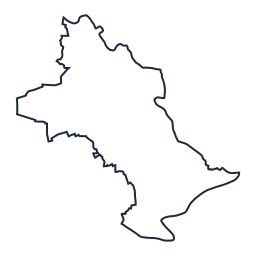 outline of Phu Cu, Hưng Yên, Vietnam
{"feature_id": "81297802B40785510400399", "entity_name": "Phu Cu", "entity_type": "district", "adm_level": 2, "iso_a3": "VNM", "parent_name": "Vietnam", "parent_adm1": "Hưng Yên", "projection": "albers", "projection_center": [106.192, 20.713], "detail": "fine", "context": "isolated", "style": "outline", "palette": "slate", "viewbox_px": 256, "rotation_deg": 0, "n_neighbors": 0, "source": "geoboundaries", "source_scale": "gbopen_adm2", "svg_char_len": 5693}
<svg xmlns="http://www.w3.org/2000/svg" viewBox="0 0 256 256"><path d="M16.9,98.4L17.2,103.0L17.3,107.7L17.2,109.3L17.3,112.2L17.0,114.2L35.2,120.0L35.1,120.5L35.1,121.3L37.1,121.5L39.8,121.7L42.8,121.6L44.3,122.1L44.8,122.3L45.1,122.5L45.3,123.5L47.0,123.5L47.0,130.8L47.1,134.9L47.5,136.1L48.5,141.4L49.5,141.3L52.2,140.6L51.5,138.4L56.7,135.2L58.1,134.4L59.9,133.9L66.8,131.9L67.5,133.9L68.7,136.3L71.5,135.0L74.7,133.8L75.4,136.1L75.5,136.2L75.7,136.3L76.1,136.1L78.5,134.8L79.6,136.2L80.2,136.1L85.3,136.2L86.1,136.2L86.7,137.3L88.4,138.8L91.5,140.9L92.7,141.8L93.1,142.7L93.3,144.2L93.3,146.6L93.4,147.2L93.8,148.1L94.8,149.3L95.4,149.1L95.9,149.1L96.4,149.4L96.7,149.9L96.8,150.5L96.9,151.5L97.5,152.3L98.1,153.2L96.3,153.2L93.3,153.4L93.6,154.4L94.3,156.1L95.2,157.7L97.8,155.9L99.5,155.0L100.2,154.8L100.8,155.8L101.0,156.0L102.2,156.8L102.3,157.2L102.3,158.1L102.5,158.6L104.6,161.7L104.2,163.7L103.8,166.3L106.4,166.1L107.3,165.2L107.8,165.9L108.4,165.8L110.0,165.2L112.0,164.1L112.7,166.1L114.0,165.4L115.2,165.1L115.3,166.6L115.3,171.2L115.5,172.0L116.4,172.0L118.3,171.3L120.2,171.2L121.9,171.4L122.8,171.6L123.1,171.9L123.5,172.4L123.7,174.1L124.0,174.4L124.7,174.6L125.3,174.7L128.3,183.7L130.3,182.5L133.2,185.6L134.8,190.7L135.1,197.4L135.6,201.3L135.7,204.7L131.5,205.4L131.0,208.5L128.9,208.4L128.2,210.1L128.0,210.4L127.4,210.9L126.2,211.5L125.8,211.8L125.8,212.0L125.8,213.3L125.5,213.8L125.3,213.9L125.1,214.0L124.5,213.5L124.2,213.5L123.7,213.8L123.2,213.9L122.8,213.7L122.2,213.8L121.8,213.9L121.7,214.4L123.0,217.5L123.4,218.9L123.5,219.9L123.5,220.3L122.1,222.7L121.6,223.8L123.1,224.7L125.8,226.6L133.0,231.2L136.9,234.0L140.0,236.3L140.8,236.7L141.5,236.9L143.0,237.2L146.8,237.7L155.5,238.2L157.3,238.5L158.9,238.8L163.6,240.3L165.4,240.6L168.6,240.6L171.2,240.6L172.5,240.3L173.4,239.8L173.8,239.2L174.0,238.4L174.0,237.8L173.9,237.1L173.7,236.4L173.0,234.7L172.4,233.9L170.1,231.4L167.8,229.2L164.2,225.2L161.7,221.8L161.5,221.3L161.3,220.9L161.3,220.3L161.5,219.8L161.8,219.4L163.3,218.4L165.1,217.5L167.0,216.9L168.9,216.5L173.0,216.1L176.2,215.6L181.1,214.1L183.7,213.1L184.9,212.5L185.9,211.6L186.5,210.8L187.6,208.9L189.1,205.9L190.2,203.9L191.2,202.6L195.1,198.6L200.3,194.5L203.1,192.6L205.3,191.2L207.9,189.9L209.8,189.3L210.9,188.8L215.4,187.3L217.3,186.6L219.3,186.1L221.9,185.2L224.1,184.6L227.7,183.2L234.0,180.5L235.4,179.5L236.3,178.7L238.2,176.4L238.6,175.7L239.0,174.8L239.1,174.2L239.1,172.6L232.3,173.1L231.5,173.1L228.8,172.5L228.0,172.2L225.6,170.6L222.5,167.9L222.2,167.9L220.1,170.0L219.4,169.8L217.0,168.1L215.8,169.0L215.0,168.7L214.4,168.9L212.7,169.7L212.2,169.9L211.5,169.7L210.9,169.1L209.9,169.1L209.3,169.5L209.0,169.5L208.7,169.3L208.4,169.1L208.1,168.1L208.2,166.9L208.4,165.8L206.4,165.1L205.9,164.8L205.7,164.4L205.7,164.1L205.8,162.3L205.7,161.5L205.6,161.2L205.2,160.7L203.7,159.4L203.1,158.7L202.6,157.6L202.2,156.0L201.8,155.5L200.7,154.6L198.3,152.6L194.1,149.6L188.3,145.3L186.7,144.2L185.9,143.8L183.6,142.9L179.3,141.7L178.4,141.3L178.2,141.0L177.6,140.3L177.2,139.3L175.7,136.4L174.9,133.7L174.5,132.9L173.4,130.1L173.2,129.6L172.8,126.5L172.5,122.9L172.5,122.3L172.4,121.6L172.0,120.9L171.1,119.7L169.3,117.8L167.7,116.0L166.4,113.7L165.5,111.4L165.1,110.6L164.7,110.0L164.3,109.6L163.9,109.2L162.7,108.3L161.9,107.6L160.0,106.8L157.1,104.9L156.2,104.0L154.8,101.3L154.5,100.3L154.4,99.9L154.5,99.3L155.8,98.3L156.4,97.8L156.8,97.6L157.3,97.4L158.3,97.4L163.7,98.2L164.1,98.1L164.3,97.9L164.3,97.7L164.5,95.8L164.8,93.4L164.9,92.1L164.9,89.5L164.7,86.8L164.1,83.5L163.1,80.3L162.0,77.1L161.8,76.6L161.9,75.0L161.8,74.1L160.6,71.8L160.7,70.8L160.6,70.0L160.4,69.8L160.0,69.6L159.3,69.4L158.2,69.4L157.0,69.3L151.6,68.0L147.1,67.7L145.9,67.6L143.7,67.8L143.1,67.7L142.3,67.4L140.6,65.9L139.8,65.1L138.9,64.4L136.1,62.7L135.7,62.3L134.3,60.4L133.0,58.9L132.6,58.3L131.9,56.6L131.0,52.9L130.8,52.5L129.9,51.3L128.9,50.3L128.4,49.9L127.9,49.2L127.7,48.7L127.6,47.5L127.3,46.6L126.6,45.5L124.1,45.7L123.3,45.5L122.5,45.2L121.3,44.4L120.7,44.1L120.1,44.0L119.4,44.2L118.6,44.5L117.7,45.1L116.8,46.0L116.0,47.2L115.0,49.2L114.5,49.8L114.0,50.2L113.3,50.4L112.7,50.4L110.0,49.8L109.3,49.3L108.3,48.5L107.6,47.9L106.9,47.1L106.3,46.2L105.5,44.7L104.7,42.4L104.2,41.7L102.6,39.6L101.9,38.6L101.0,37.4L99.6,35.3L99.4,34.7L99.4,34.1L99.7,33.5L100.0,33.1L100.3,32.8L101.7,32.1L102.4,31.5L102.8,31.0L102.9,30.4L102.9,29.8L102.7,29.3L102.3,28.7L101.8,27.9L100.9,27.0L100.3,26.6L99.8,26.5L99.4,26.5L99.0,26.6L98.4,26.9L97.4,27.8L96.4,28.3L95.9,28.5L95.6,28.3L95.3,27.9L94.7,26.5L94.2,24.8L93.9,24.2L91.9,21.7L90.7,19.6L89.9,18.6L87.9,16.5L87.3,15.9L86.7,15.5L86.1,15.4L84.9,15.4L81.6,16.3L80.7,16.7L80.1,17.1L79.7,17.7L79.3,18.5L78.7,20.7L78.4,21.3L78.0,21.9L77.3,22.4L76.3,22.9L75.2,23.2L74.2,23.4L73.3,23.3L72.4,23.1L71.4,22.7L68.2,21.2L66.4,19.9L63.6,17.5L63.1,19.9L62.7,22.3L62.5,24.1L65.9,25.1L65.2,27.0L66.7,28.6L66.9,29.1L67.2,30.3L67.5,32.5L67.6,32.9L67.9,33.4L68.1,34.0L68.3,35.8L66.0,35.8L61.6,35.8L61.9,37.7L61.8,38.1L61.0,39.5L60.2,40.6L60.4,40.8L60.5,41.1L60.8,42.0L60.9,42.5L60.8,44.2L60.9,44.6L61.1,45.0L61.4,45.4L62.9,46.6L63.2,47.0L63.2,47.6L63.0,48.4L62.3,50.2L62.1,50.8L62.1,51.3L62.2,52.7L62.3,54.9L62.3,56.2L61.9,57.1L60.7,59.2L58.3,59.5L57.9,59.7L57.6,59.9L57.3,60.2L56.7,61.1L57.1,61.3L58.8,62.6L59.5,63.7L60.2,64.2L61.5,63.8L63.0,64.6L63.5,64.9L63.8,65.2L64.1,65.6L64.2,67.3L64.2,67.5L64.5,67.8L65.1,68.0L68.7,68.0L66.9,69.7L65.2,71.8L61.5,75.9L61.1,76.5L60.9,77.0L61.0,79.7L61.2,82.3L61.1,83.2L59.2,84.0L56.2,85.0L54.9,85.3L42.3,84.6L42.7,86.6L41.1,87.2L38.7,88.1L36.2,89.1L34.6,89.7L28.5,91.3L27.6,92.4L26.2,94.1L26.0,94.6L26.0,95.5L24.5,96.0L16.9,98.4Z" fill="none" stroke="#1e293b" stroke-width="2"/></svg>